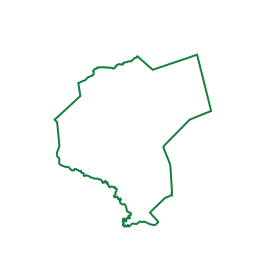 Macuelizo, Santa Bárbara, Honduras, rotated 111°
{"feature_id": "27666195B20976347050961", "entity_name": "Macuelizo", "entity_type": "district", "adm_level": 2, "iso_a3": "HND", "parent_name": "Honduras", "parent_adm1": "Santa Bárbara", "projection": "natural_earth1", "projection_center": [-88.551, 15.242], "detail": "fine", "context": "isolated", "style": "outline", "palette": "green", "viewbox_px": 256, "rotation_deg": 111, "n_neighbors": 0, "source": "geoboundaries", "source_scale": "gbopen_adm2", "svg_char_len": 5593}
<svg xmlns="http://www.w3.org/2000/svg" viewBox="0 0 256 256"><g transform="rotate(111 128 128)"><path d="M71.3,158.5L71.5,159.0L71.9,159.3L72.5,160.4L72.6,160.5L73.1,160.6L73.4,160.7L73.8,161.0L73.9,161.3L74.6,161.2L75.2,161.7L75.6,161.7L76.1,161.7L77.5,162.4L77.6,162.5L77.7,163.1L77.8,163.4L77.5,164.1L77.5,164.5L77.6,164.9L77.9,165.5L78.4,166.6L78.6,168.4L78.9,168.9L79.1,169.3L79.2,169.7L79.2,170.1L79.5,170.3L79.8,170.8L79.8,171.0L79.7,171.7L80.1,172.2L80.1,172.7L80.2,173.5L81.3,175.4L81.5,176.2L81.9,177.3L82.2,177.9L82.3,178.1L82.9,178.3L83.3,178.2L83.4,178.7L83.9,178.9L84.1,179.2L84.8,180.0L85.1,180.3L85.5,180.4L86.4,180.3L86.7,180.5L87.0,180.9L87.2,181.0L87.5,181.0L87.7,180.8L87.9,180.6L88.1,180.2L88.5,179.9L88.9,179.7L89.6,179.5L90.5,179.4L91.0,180.1L91.5,180.2L92.0,180.2L94.4,182.9L95.8,184.0L96.4,184.2L97.4,184.5L98.8,185.1L99.9,186.6L100.3,187.1L101.0,187.8L101.7,188.3L103.6,190.2L103.9,190.5L115.2,183.9L146.6,199.5L147.9,196.3L168.6,185.9L169.8,185.5L175.2,185.5L176.6,185.4L177.3,185.3L178.1,185.0L179.2,184.1L179.8,183.9L180.0,183.7L180.2,183.0L180.5,182.5L180.7,181.8L180.9,181.5L181.2,181.2L181.7,180.9L184.8,180.0L185.3,179.7L186.4,178.6L186.5,178.1L186.8,175.8L186.7,173.8L186.8,172.8L186.7,172.3L186.6,171.9L186.4,171.4L186.0,171.0L185.9,170.7L185.8,170.3L185.8,169.9L185.9,169.3L186.7,167.5L187.3,166.4L187.6,165.8L187.7,165.5L187.6,164.9L187.3,164.2L187.1,163.7L186.8,163.3L186.5,163.0L186.2,162.9L185.8,162.9L185.6,163.1L185.4,163.0L185.2,162.9L185.1,162.7L185.0,162.2L185.1,161.5L185.2,160.8L185.3,160.3L185.2,159.3L185.4,158.7L185.6,158.4L185.6,158.2L185.6,157.9L185.0,156.7L185.4,156.7L185.6,156.5L186.0,155.9L186.4,155.2L186.4,154.9L186.3,154.5L186.2,154.3L186.0,154.1L185.9,153.9L185.9,153.7L186.0,153.5L186.4,153.2L187.1,152.8L187.6,152.5L187.9,152.5L188.1,152.4L188.4,152.1L188.5,151.9L188.5,151.5L188.3,151.1L188.1,151.1L187.8,151.0L187.5,150.8L187.3,150.3L187.1,149.9L187.1,149.6L187.0,149.3L187.1,148.0L187.1,146.3L187.3,145.8L187.5,145.6L187.5,145.4L187.5,145.1L187.3,144.7L187.3,144.3L187.3,143.2L187.2,142.7L187.3,142.0L187.3,141.5L187.3,141.2L187.1,140.7L186.7,139.9L186.6,139.5L186.3,138.1L186.1,136.7L186.1,134.4L186.1,134.2L186.4,133.8L186.7,133.4L187.3,133.1L187.4,132.9L187.4,132.5L187.4,132.3L188.0,132.0L188.2,131.9L187.9,131.3L187.7,131.2L187.4,130.7L186.7,130.8L186.4,130.6L186.1,130.5L185.7,130.2L186.1,129.9L186.3,129.4L186.3,129.2L186.0,128.6L186.0,128.4L186.3,128.2L186.6,127.3L186.7,127.2L186.9,127.2L187.0,127.4L187.2,127.8L187.3,127.9L187.7,127.3L188.0,126.5L188.3,126.0L188.6,125.3L188.8,125.2L189.2,125.1L189.4,124.9L189.6,124.7L189.8,124.2L189.8,123.6L188.7,122.8L188.3,121.7L188.2,120.7L188.0,119.1L188.9,119.1L189.0,119.1L189.1,118.9L189.0,118.6L188.7,117.2L188.7,116.8L188.8,116.7L189.0,116.6L191.5,116.2L192.4,116.7L192.7,116.7L193.0,116.6L193.3,116.5L194.1,115.9L194.4,115.8L195.0,115.9L196.1,116.6L196.3,116.6L196.7,116.6L197.0,116.4L197.2,116.1L197.3,115.9L197.3,115.6L197.3,115.4L196.9,114.6L196.5,114.1L196.3,113.6L196.2,113.1L196.3,112.8L196.4,112.7L197.1,112.4L197.5,112.0L198.0,111.4L198.1,111.0L198.1,110.9L196.8,110.2L196.6,109.9L196.7,109.5L196.8,109.3L197.0,109.2L197.4,109.0L197.7,109.1L198.9,109.4L199.2,109.3L200.0,109.0L200.3,108.7L200.6,108.5L200.7,108.2L201.4,106.0L201.4,105.9L201.2,105.4L200.4,104.0L200.3,103.7L201.5,102.3L202.6,101.4L203.5,100.7L205.5,99.5L206.0,99.1L206.1,98.8L206.2,98.4L206.4,97.1L206.3,95.3L206.5,95.0L206.9,94.7L207.3,94.5L207.8,94.3L208.1,94.3L208.4,94.3L208.6,94.5L209.1,95.4L209.4,95.9L209.8,96.1L210.3,96.1L210.5,96.0L210.7,95.9L210.9,95.5L211.0,95.3L210.9,94.6L210.9,94.2L211.2,94.0L211.5,93.9L211.7,94.0L211.9,94.4L212.2,95.8L212.3,96.4L212.6,96.7L213.1,97.1L213.3,97.1L214.5,96.4L215.4,96.2L215.8,96.3L215.9,96.6L215.9,97.1L215.8,97.6L215.5,98.2L215.4,98.3L214.3,98.8L214.0,99.2L214.0,99.5L214.3,99.9L214.7,100.0L215.2,99.9L215.9,99.8L216.9,99.5L217.2,99.4L217.5,99.1L217.6,98.7L217.9,98.2L218.1,97.9L218.5,97.8L218.7,97.7L219.4,98.2L220.0,98.1L220.5,98.0L220.6,97.8L220.7,97.7L220.8,97.2L221.1,96.6L221.2,96.2L220.8,96.2L220.3,96.1L220.1,95.9L220.0,95.6L219.9,95.4L220.0,95.2L220.1,94.9L220.4,94.7L220.5,94.4L220.5,94.2L220.4,94.0L220.2,93.8L219.2,93.4L218.7,93.4L218.6,93.1L218.7,92.9L219.1,92.7L219.5,92.6L219.7,92.4L219.7,92.1L219.5,91.7L219.3,91.5L218.4,91.1L217.6,90.6L216.5,90.3L216.1,90.1L215.8,89.9L215.7,89.7L215.5,89.2L215.0,87.2L214.6,85.7L214.1,85.3L213.7,85.0L212.1,84.0L211.4,83.7L211.2,83.5L211.0,83.3L210.9,83.0L210.8,81.6L210.6,80.8L209.6,79.4L209.5,77.8L209.7,75.6L209.9,74.5L209.9,73.1L209.8,71.9L209.2,68.9L208.9,68.1L208.7,67.9L208.5,67.7L207.4,67.1L206.8,66.9L206.1,66.5L205.7,66.3L205.2,66.3L204.6,66.3L199.2,77.1L196.1,75.9L180.5,68.6L180.3,68.3L180.2,68.2L179.9,68.1L179.4,68.0L179.2,67.8L179.1,67.6L178.9,67.2L178.8,66.7L178.6,66.4L178.1,66.3L177.9,66.2L177.4,65.7L176.8,64.9L175.8,64.2L175.6,63.9L175.3,63.0L175.2,62.8L174.6,63.4L174.4,63.5L173.9,63.6L173.3,63.4L173.1,63.4L172.9,63.6L172.8,64.0L172.5,64.1L172.3,63.8L154.5,72.0L149.8,74.1L147.2,75.5L146.2,76.3L143.5,78.7L134.1,87.5L132.8,88.1L130.9,87.7L98.1,73.4L86.2,60.8L82.4,56.5L76.1,60.8L34.8,89.8L39.9,95.8L64.8,125.8L57.7,144.9L57.9,145.0L58.3,145.3L58.7,145.4L59.2,145.5L59.5,145.6L59.8,146.0L60.0,146.6L60.3,146.8L61.9,147.5L62.2,147.8L63.8,148.7L64.1,148.8L64.5,148.9L64.8,149.1L65.0,149.6L65.3,150.8L65.4,151.1L65.8,151.5L67.1,153.2L67.6,153.6L67.7,154.0L67.9,154.5L68.9,155.2L69.4,156.0L69.5,156.1L69.8,156.1L70.1,155.7L70.4,155.6L70.6,156.2L70.9,156.4L71.1,156.6L71.3,157.0L71.4,157.4L71.4,157.6L71.3,158.1L71.3,158.5Z" fill="none" stroke="#15803d" stroke-width="2"/></g></svg>